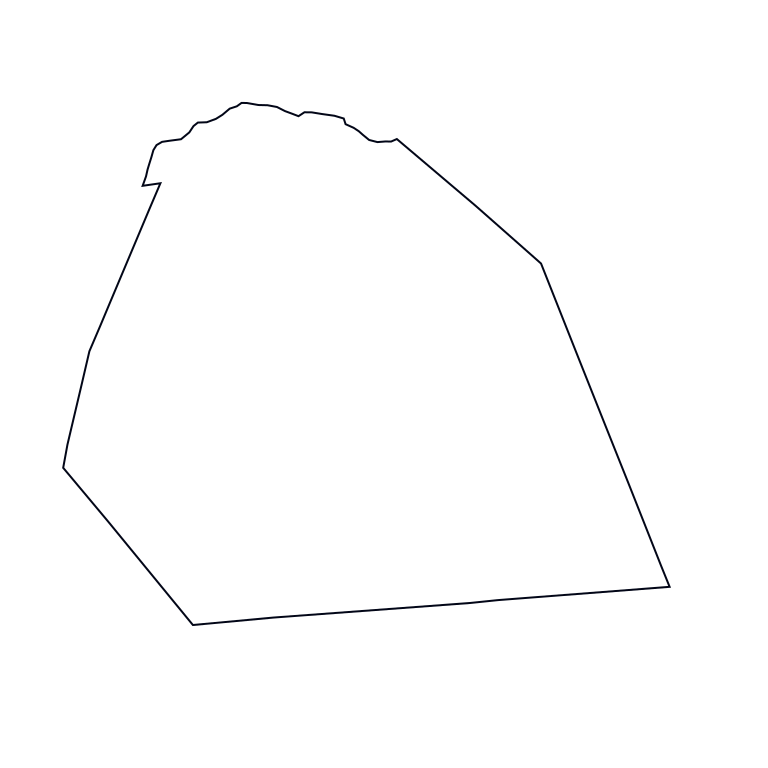 Peritoró, Maranhão, Brazil, rotated 7°
{"feature_id": "56859067B28886236546513", "entity_name": "Peritoró", "entity_type": "district", "adm_level": 2, "iso_a3": "BRA", "parent_name": "Brazil", "parent_adm1": "Maranhão", "projection": "mercator", "projection_center": [-44.323, -4.413], "detail": "fine", "context": "isolated", "style": "outline", "palette": "ink", "viewbox_px": 768, "rotation_deg": 7, "n_neighbors": 0, "source": "geoboundaries", "source_scale": "gbopen_adm2", "svg_char_len": 927}
<svg xmlns="http://www.w3.org/2000/svg" viewBox="0 0 768 768"><g transform="rotate(7 384 384)"><path d="M120.3,216.7L137.6,212.0L129.7,239.4L101.1,340.2L95.3,360.8L87.6,387.4L84.0,421.0L77.2,482.7L75.8,506.3L126.6,553.8L223.7,646.5L302.7,629.3L496.4,590.8L523.5,584.6L553.7,578.5L692.2,550.5L681.2,530.7L639.9,454.9L608.6,397.9L574.8,336.2L525.2,245.3L484.5,217.4L453.4,196.1L366.9,139.3L361.5,142.5L355.8,143.1L348.0,144.7L339.5,143.6L332.7,139.3L328.2,136.2L322.6,133.4L314.2,130.8L311.7,125.4L302.1,123.8L289.7,123.6L279.2,123.2L271.9,124.0L266.5,128.6L259.7,126.9L252.5,125.2L244.0,122.1L234.4,121.5L225.4,122.4L219.6,122.1L213.6,121.8L208.3,122.4L204.1,126.3L197.3,129.5L190.8,136.5L184.9,141.3L176.2,145.8L167.4,147.2L163.5,151.2L160.1,158.0L152.7,165.8L141.5,168.7L134.2,170.7L129.1,174.6L126.6,180.0L125.5,187.1L124.1,194.7L123.2,199.9L122.5,206.9L120.3,216.7Z" fill="none" stroke="#020617" stroke-width="2"/></g></svg>